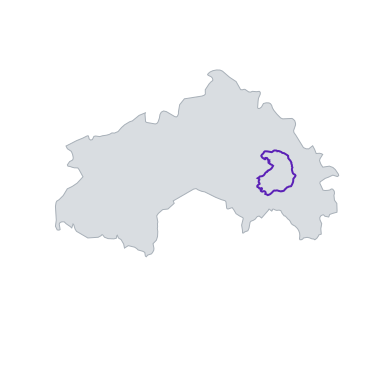 Kerouane, Kérouané, Guinea (highlighted), rotated 330°
{"feature_id": "49546643B6018429350706", "entity_name": "Kerouane", "entity_type": "district", "adm_level": 2, "iso_a3": "GIN", "parent_name": "Guinea", "parent_adm1": "Kérouané", "projection": "orthographic", "projection_center": [-9.183, 9.346], "detail": "medium", "context": "in_parent", "style": "outline", "palette": "violet", "viewbox_px": 384, "rotation_deg": 330, "n_neighbors": 0, "source": "geoboundaries", "source_scale": "gbopen_adm2", "svg_char_len": 5560}
<svg xmlns="http://www.w3.org/2000/svg" viewBox="0 0 384 384"><g transform="rotate(330 192 192)"><path d="M231.2,247.2L228.4,246.8L227.1,247.3L223.3,251.8L221.0,253.5L217.5,252.9L216.2,253.3L215.3,252.7L216.6,250.3L218.4,245.5L223.1,240.6L223.2,239.6L221.3,236.7L219.3,232.8L219.3,228.6L219.0,225.6L214.9,224.8L214.1,224.2L214.0,223.2L216.3,218.0L216.5,217.0L216.2,216.0L213.7,213.4L209.8,208.4L203.1,198.3L200.6,196.1L198.2,193.0L197.3,191.1L194.8,190.3L171.3,190.3L170.9,192.9L162.7,194.7L157.8,192.6L152.2,193.7L149.5,195.0L147.4,200.9L146.2,202.2L144.9,204.8L143.8,206.2L142.6,209.1L139.9,213.3L137.1,215.9L132.4,217.3L130.9,221.7L129.8,223.3L127.9,224.5L126.0,225.3L122.1,224.5L120.0,225.2L119.6,224.1L120.9,220.7L119.9,218.9L116.3,215.2L115.9,213.5L114.8,211.2L110.0,206.6L105.5,206.8L106.8,202.9L106.8,197.8L105.3,195.0L105.7,192.1L104.9,192.3L103.3,194.2L100.9,193.5L96.0,190.4L93.6,187.4L93.3,184.9L92.8,183.9L91.2,184.4L88.1,184.3L78.8,179.7L72.3,168.3L72.2,165.7L73.2,161.4L73.0,160.2L69.9,163.0L69.3,161.1L67.1,156.5L66.4,153.9L64.2,152.7L62.4,152.5L61.0,153.3L59.0,158.6L57.7,158.5L56.3,157.4L56.6,153.4L60.4,148.5L66.6,136.1L68.9,133.3L70.2,132.3L73.1,132.2L78.7,130.7L85.6,126.9L90.8,127.3L97.0,126.9L105.2,124.3L105.4,115.9L105.1,114.0L102.3,112.3L100.7,110.8L99.2,109.0L97.5,107.6L97.6,106.2L101.2,104.5L104.5,104.6L105.6,103.9L106.4,102.7L107.4,99.7L107.8,96.5L105.7,92.2L105.9,89.2L117.7,89.8L124.1,90.7L129.4,91.0L130.3,91.7L129.5,94.6L130.1,96.3L131.9,96.8L134.9,94.8L136.5,95.3L139.8,97.9L142.8,98.6L146.2,100.0L149.3,100.8L152.2,100.8L154.3,102.2L158.2,102.7L163.3,100.9L167.3,100.1L173.0,100.0L175.9,100.6L184.5,99.2L191.2,100.1L190.2,101.1L187.0,107.8L187.4,109.0L194.2,114.7L195.8,115.1L197.7,114.3L200.7,111.7L203.0,108.9L205.3,107.5L207.9,107.6L210.0,109.6L214.8,118.1L216.0,119.2L217.2,119.1L219.3,117.6L220.4,115.7L225.0,110.2L232.0,107.5L248.6,113.9L251.1,114.3L252.5,113.9L254.6,110.1L260.9,106.9L263.9,106.0L265.6,105.9L266.3,104.9L266.6,103.4L266.2,101.8L264.3,98.9L264.2,98.1L265.4,97.5L267.7,97.1L270.8,97.4L274.3,98.6L277.2,100.4L278.8,102.5L281.9,111.4L285.4,118.4L285.3,127.7L286.8,128.7L288.5,129.1L289.3,129.8L291.1,133.6L292.7,134.8L294.6,135.0L298.2,137.5L300.5,138.4L300.9,139.2L300.8,140.2L299.9,141.5L296.4,144.1L294.7,146.3L291.1,151.6L291.0,152.6L291.8,153.3L293.3,153.4L294.8,153.1L298.1,151.1L300.7,151.8L303.2,153.3L304.1,154.8L304.3,156.8L303.7,159.4L303.7,162.3L304.5,167.2L305.8,172.2L307.1,174.0L315.4,178.3L316.2,179.9L316.6,181.8L316.0,184.3L315.2,185.7L310.7,189.6L310.0,191.4L310.3,194.8L310.7,209.3L312.5,211.7L314.6,213.0L319.6,212.3L319.5,216.3L318.8,220.8L321.8,222.2L323.2,223.5L324.0,224.8L319.5,227.2L318.1,228.6L317.5,232.4L317.7,235.9L323.9,238.3L326.3,241.2L327.3,244.2L327.7,249.9L327.2,251.2L325.6,251.3L322.4,247.8L317.6,247.4L314.1,246.8L308.1,247.3L307.1,248.3L306.4,255.9L307.9,257.2L310.7,258.6L312.6,259.2L314.1,259.0L315.3,259.9L315.6,262.4L314.8,264.3L313.2,266.0L311.3,270.3L311.7,274.3L308.3,280.7L307.4,282.0L302.9,280.8L300.0,280.3L297.9,282.0L295.0,279.5L294.5,277.5L293.4,277.1L291.5,277.1L289.7,278.2L288.9,280.2L288.5,284.3L285.2,288.2L282.9,293.1L280.3,292.6L279.7,293.2L276.9,294.5L274.5,294.8L273.8,293.5L272.4,292.5L270.8,290.4L269.0,288.8L265.6,287.6L264.3,288.1L262.7,288.0L261.6,287.3L261.7,286.3L263.5,283.8L264.6,281.5L265.1,278.9L265.1,276.5L264.2,273.1L262.6,270.4L262.2,268.9L262.4,266.6L262.1,264.6L261.6,263.5L260.8,259.5L259.9,258.8L259.4,255.7L259.6,252.5L258.3,251.2L256.2,250.3L255.0,249.1L254.2,247.7L253.4,247.3L252.8,247.3L252.2,248.2L251.5,248.4L250.3,245.4L249.8,245.3L249.0,246.0L239.3,249.3L238.1,246.4L236.3,245.9L233.1,247.1L231.2,247.2Z" fill="#d9dde1" stroke="#a8b0b8" stroke-width="1"/><path d="M293.0,209.1L293.3,208.7L293.0,207.9L291.2,204.5L290.7,204.0L290.2,203.7L289.6,203.0L289.4,202.1L288.5,200.9L288.1,200.7L287.8,200.0L287.5,199.8L286.4,199.4L286.5,199.2L285.5,198.0L284.6,197.6L284.1,197.2L283.1,197.1L281.8,197.4L280.9,197.3L277.7,194.6L276.0,193.5L275.2,193.2L274.2,193.5L273.5,194.0L272.8,194.3L271.3,194.6L270.2,195.2L270.0,195.7L270.1,197.4L270.9,199.1L271.5,200.1L271.8,200.2L272.6,199.2L273.0,199.4L273.4,199.8L273.8,199.9L274.0,200.3L274.1,200.9L273.8,201.8L274.4,202.6L274.2,202.6L273.9,203.2L274.3,204.0L273.9,204.1L273.2,204.2L272.9,205.0L273.0,205.2L273.4,205.2L273.5,205.3L273.2,205.7L273.3,206.0L273.7,206.5L273.7,207.0L274.8,208.5L275.3,209.9L273.2,211.1L271.5,211.6L269.6,211.6L269.0,211.4L268.4,211.7L268.1,211.5L267.6,211.6L267.1,212.1L266.5,211.9L265.2,212.1L263.3,213.1L262.3,213.4L260.8,213.4L258.5,212.5L257.4,212.8L255.8,212.9L256.3,213.7L256.7,214.6L256.4,215.1L255.4,215.7L254.9,216.4L254.7,216.8L254.8,217.3L254.8,218.4L254.4,218.9L253.6,218.8L252.5,219.0L251.4,219.5L251.2,220.5L252.0,221.3L252.1,221.8L252.0,222.4L252.2,222.9L254.0,223.3L254.3,223.6L254.3,224.0L254.2,224.3L253.8,224.5L252.6,224.9L252.2,225.2L252.3,225.9L253.0,226.8L254.4,227.1L255.1,227.5L255.5,228.2L255.6,228.9L255.3,229.7L254.5,230.3L255.8,232.0L256.1,232.6L257.9,232.9L258.9,232.9L260.9,232.5L262.8,231.9L263.9,231.8L264.9,232.5L266.0,232.9L266.9,233.5L267.5,234.3L269.4,236.0L270.5,236.2L270.9,236.6L272.3,236.8L272.8,236.7L273.7,236.2L275.3,235.9L276.4,235.5L277.3,235.7L278.4,235.7L280.7,236.5L281.1,236.3L283.1,235.0L284.7,233.7L286.4,231.2L289.2,230.1L289.9,229.4L289.8,228.4L289.1,227.4L288.8,226.4L288.9,225.4L289.6,222.8L290.1,221.9L291.3,220.9L291.3,219.7L292.0,218.7L292.2,217.1L292.7,216.5L292.8,215.3L292.8,213.7L292.4,212.1L292.3,210.6L292.8,210.0L293.0,209.1Z" fill="none" stroke="#5b21b6" stroke-width="2"/></g></svg>